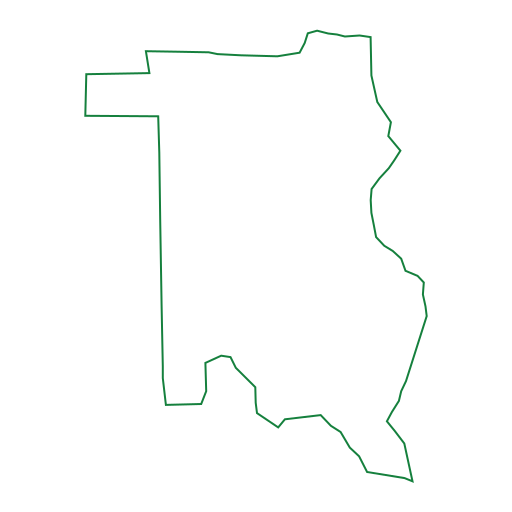 Brochier, Rio Grande do Sul, Brazil (orthographic projection)
{"feature_id": "56859067B84298385031191", "entity_name": "Brochier", "entity_type": "district", "adm_level": 2, "iso_a3": "BRA", "parent_name": "Brazil", "parent_adm1": "Rio Grande do Sul", "projection": "orthographic", "projection_center": [-51.611, -29.544], "detail": "fine", "context": "isolated", "style": "outline", "palette": "green", "viewbox_px": 512, "rotation_deg": 0, "n_neighbors": 0, "source": "geoboundaries", "source_scale": "gbopen_adm2", "svg_char_len": 994}
<svg xmlns="http://www.w3.org/2000/svg" viewBox="0 0 512 512"><path d="M337.0,34.5L328.2,33.5L317.1,30.7L307.8,33.3L304.7,43.0L299.6,52.7L277.3,56.3L240.9,55.3L217.5,54.1L208.7,52.3L176.5,51.7L145.9,51.2L149.4,73.1L86.3,74.2L85.3,115.8L158.2,116.3L159.3,152.9L160.2,220.1L161.6,305.8L162.8,366.4L162.8,378.1L165.9,404.9L201.2,404.0L206.2,391.2L205.4,362.9L221.2,355.7L230.5,357.1L235.8,367.8L255.3,387.2L255.7,402.8L257.0,413.1L278.2,427.4L284.9,419.3L320.7,415.1L330.9,425.8L340.6,432.0L349.8,447.6L359.1,456.3L367.1,472.0L404.6,478.1L412.5,481.3L404.3,443.5L394.8,431.0L386.9,421.3L391.9,412.0L398.9,400.9L401.2,391.2L406.0,381.1L426.7,316.1L425.5,306.4L422.9,294.5L423.8,282.5L417.6,275.9L405.5,270.8L401.2,258.7L392.8,251.0L384.3,245.8L376.1,237.1L373.8,225.0L371.4,212.9L370.7,200.1L371.6,189.0L379.5,178.3L388.8,168.2L394.2,160.4L400.4,150.7L388.3,136.1L390.9,122.2L377.3,102.0L371.4,75.5L370.6,37.1L359.6,35.5L344.9,36.5L337.0,34.5Z" fill="none" stroke="#15803d" stroke-width="2"/></svg>